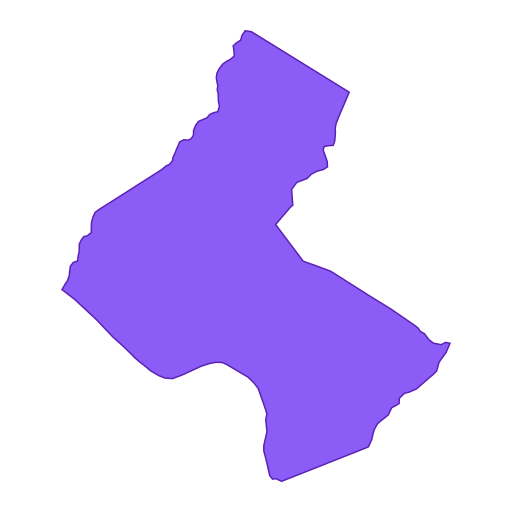 Traipu, Alagoas, Brazil
{"feature_id": "56859067B41834380082036", "entity_name": "Traipu", "entity_type": "district", "adm_level": 2, "iso_a3": "BRA", "parent_name": "Brazil", "parent_adm1": "Alagoas", "projection": "orthographic", "projection_center": [-36.97, -9.885], "detail": "fine", "context": "isolated", "style": "filled", "palette": "violet", "viewbox_px": 512, "rotation_deg": 0, "n_neighbors": 0, "source": "geoboundaries", "source_scale": "gbopen_adm2", "svg_char_len": 1986}
<svg xmlns="http://www.w3.org/2000/svg" viewBox="0 0 512 512"><path d="M166.2,165.8L161.9,169.5L136.1,185.9L128.0,191.1L99.5,209.2L95.3,212.2L93.1,216.6L91.5,222.5L91.3,227.5L91.3,232.6L87.1,235.9L84.0,236.5L81.6,239.4L79.3,244.0L79.2,251.4L78.2,255.8L77.5,261.0L73.3,262.4L70.4,266.2L69.8,270.1L69.3,275.5L67.3,281.1L65.1,284.2L62.0,289.6L74.8,299.5L96.4,319.6L113.1,337.2L123.7,346.7L129.3,352.2L135.3,358.2L139.5,361.8L144.4,365.6L150.6,370.8L158.7,375.6L165.1,378.1L172.5,378.6L181.6,375.2L185.5,373.5L200.9,366.3L210.0,363.4L216.0,362.3L222.3,362.5L227.0,364.7L248.1,377.2L253.9,382.9L258.2,388.5L264.1,405.2L265.3,408.7L266.9,414.1L265.7,419.7L267.0,431.6L263.8,445.5L263.8,450.9L266.5,461.3L269.7,475.5L272.5,479.1L275.9,478.7L281.6,481.3L368.4,446.9L371.7,439.7L372.9,434.3L374.5,429.1L377.4,423.9L380.7,420.9L384.9,417.7L388.4,414.7L391.6,407.8L396.2,405.3L399.1,403.6L399.3,398.3L404.4,393.3L408.9,392.2L416.5,388.9L422.0,384.1L428.7,378.2L432.4,375.2L436.6,371.0L439.1,362.1L446.1,352.4L450.0,343.3L445.6,342.4L441.1,344.7L433.3,343.1L428.9,339.6L424.4,333.7L420.2,331.3L418.2,328.2L415.5,326.0L395.7,312.3L392.9,310.4L388.4,307.5L369.1,295.6L330.8,271.3L319.1,266.9L303.2,261.2L275.6,224.5L290.3,207.3L292.8,205.1L291.6,189.4L296.8,182.4L307.0,178.5L311.4,174.1L317.0,171.2L323.4,169.5L327.5,166.9L327.2,161.4L323.2,150.0L324.1,146.6L328.3,145.7L333.2,145.4L334.8,140.9L335.4,132.9L335.2,128.3L336.1,123.6L340.1,113.5L344.3,103.8L349.2,92.2L251.4,31.7L245.2,30.7L242.0,35.4L240.7,40.1L236.4,42.9L233.2,45.7L233.9,50.8L234.3,56.0L230.3,59.4L226.5,61.4L222.7,64.1L219.0,69.0L216.9,73.3L216.3,77.8L217.1,82.4L217.8,85.9L217.2,89.8L218.1,93.3L218.3,97.4L218.4,101.2L219.4,106.2L217.8,111.7L213.2,112.8L209.8,114.5L206.7,118.0L202.0,119.9L198.5,121.4L195.6,125.4L193.6,130.4L193.4,135.4L191.0,138.9L187.9,140.1L183.8,139.8L179.6,141.9L178.3,145.4L176.7,148.8L174.9,153.3L173.0,157.3L172.5,160.7L169.4,164.5L166.2,165.8Z" fill="#8b5cf6" stroke="#5b21b6" stroke-width="1.5"/></svg>